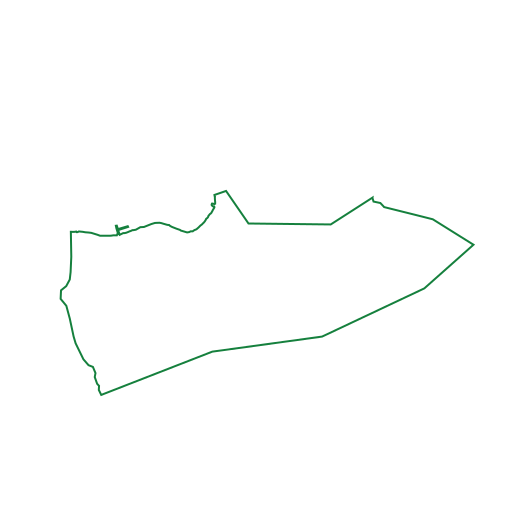 the district of Jalousie, Soufrière, Saint Lucia, rotated 64°
{"feature_id": "8701671B83724356219791", "entity_name": "Jalousie", "entity_type": "district", "adm_level": 2, "iso_a3": "LCA", "parent_name": "Saint Lucia", "parent_adm1": "Soufrière", "projection": "albers", "projection_center": [-61.062, 13.829], "detail": "fine", "context": "isolated", "style": "outline", "palette": "green", "viewbox_px": 512, "rotation_deg": 64, "n_neighbors": 0, "source": "geoboundaries", "source_scale": "gbopen_adm2", "svg_char_len": 1937}
<svg xmlns="http://www.w3.org/2000/svg" viewBox="0 0 512 512"><g transform="rotate(64 256 256)"><path d="M300.5,81.0L289.1,94.5L268.2,119.4L266.7,119.8L262.9,121.0L259.7,125.1L258.6,126.5L258.0,126.4L254.9,125.9L254.6,125.7L260.4,175.0L246.1,203.5L223.5,248.5L184.4,254.4L183.7,260.2L182.9,266.6L184.4,267.0L184.7,266.9L185.3,267.3L186.4,267.8L188.1,268.5L189.5,269.0L190.7,269.6L191.1,269.8L191.1,270.4L190.8,271.0L190.1,271.7L189.7,272.3L189.6,272.6L190.2,273.2L190.6,273.5L191.2,273.5L192.4,273.0L192.8,272.7L192.9,272.0L193.6,271.9L194.2,272.2L194.9,273.3L196.0,275.0L196.7,275.8L197.1,276.5L197.6,277.1L197.7,277.4L198.0,278.1L198.0,278.6L198.3,279.5L198.8,280.5L199.1,281.2L199.6,281.6L200.2,282.4L200.6,283.5L200.7,284.4L201.6,285.5L202.4,286.8L203.1,288.3L203.4,289.4L203.9,290.6L204.3,292.7L205.2,295.2L205.5,296.4L205.8,297.4L205.9,298.7L205.7,299.7L205.9,301.3L206.1,302.1L205.2,303.9L205.2,305.6L204.6,307.6L202.3,310.1L200.2,312.4L199.2,312.9L196.6,315.5L193.1,318.7L191.5,319.9L190.7,320.3L190.1,320.5L189.1,322.1L186.4,325.1L184.9,326.7L183.8,328.2L182.0,332.3L181.4,336.0L180.8,344.0L179.4,347.3L179.6,350.6L179.7,352.5L178.9,355.2L178.6,355.7L178.6,357.8L178.4,358.8L178.4,360.0L178.2,362.5L177.7,364.4L177.2,365.3L177.2,369.2L173.4,368.7L172.3,368.4L173.8,358.2L173.0,358.2L171.3,368.3L167.7,367.8L167.4,368.7L169.8,369.3L175.9,370.3L175.5,371.0L176.4,372.0L174.9,375.1L174.2,377.4L172.3,381.4L170.6,384.9L169.4,387.3L167.5,389.1L163.0,393.9L161.5,396.2L159.8,399.1L158.4,401.0L156.3,404.4L156.3,405.9L155.9,406.8L155.2,406.9L154.9,408.0L154.5,409.1L153.1,411.8L175.8,422.4L189.2,429.7L195.5,433.7L199.9,439.8L201.4,446.3L208.9,450.4L217.6,448.3L230.6,450.8L248.3,455.2L255.4,456.4L273.2,456.4L280.7,454.4L284.2,451.2L290.9,451.6L294.1,454.0L301.2,454.8L303.9,454.0L307.5,456.0L309.5,456.0L313.0,456.0L322.8,337.2L357.4,231.9L358.9,118.9L341.2,55.6L300.5,81.0Z" fill="none" stroke="#15803d" stroke-width="2"/></g></svg>